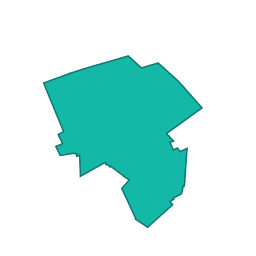 Villa Unión, Coahuila, Mexico, rotated 140°
{"feature_id": "50627088B60312682386501", "entity_name": "Villa Unión", "entity_type": "district", "adm_level": 2, "iso_a3": "MEX", "parent_name": "Mexico", "parent_adm1": "Coahuila", "projection": "albers", "projection_center": [-100.748, 28.099], "detail": "fine", "context": "isolated", "style": "filled", "palette": "teal", "viewbox_px": 256, "rotation_deg": 140, "n_neighbors": 0, "source": "geoboundaries", "source_scale": "gbopen_adm2", "svg_char_len": 2829}
<svg xmlns="http://www.w3.org/2000/svg" viewBox="0 0 256 256"><g transform="rotate(140 128 128)"><path d="M163.7,216.7L167.5,205.0L169.4,198.9L171.7,191.6L174.0,184.5L174.6,182.5L177.1,174.5L179.6,166.7L185.7,167.9L186.6,164.1L187.7,159.7L188.1,158.1L193.2,159.6L193.5,159.7L195.2,160.2L195.3,159.7L197.6,150.5L186.9,144.2L185.7,143.3L184.7,141.9L184.2,141.9L183.9,141.8L183.7,141.6L184.0,141.4L185.7,139.0L185.8,139.0L182.4,138.4L187.2,132.2L191.1,127.2L195.5,121.6L195.4,121.6L194.8,121.4L193.7,121.3L193.5,121.2L193.2,121.2L192.8,121.1L192.5,121.1L192.3,121.0L190.9,120.7L190.5,120.7L190.1,120.6L189.7,120.5L188.9,120.4L188.4,120.3L187.9,120.1L186.6,119.9L185.9,119.8L178.4,118.4L176.8,118.0L173.3,117.3L172.8,117.2L170.5,117.0L170.0,116.7L168.3,116.8L167.4,115.6L167.5,115.5L167.6,115.4L167.8,115.3L167.9,115.2L168.0,115.1L168.3,114.9L168.5,114.7L167.9,113.5L166.8,111.8L166.9,109.8L165.9,109.8L163.3,98.8L162.1,93.7L162.3,93.7L161.4,90.5L160.5,87.3L161.2,87.2L162.2,87.1L162.9,87.0L163.6,86.9L171.7,85.7L173.1,80.4L174.9,73.4L178.4,60.8L180.2,53.9L180.9,53.5L176.7,39.3L170.7,39.6L164.6,39.8L164.4,39.8L163.7,39.8L163.4,39.8L162.7,39.8L162.0,39.9L161.4,39.9L161.0,39.9L160.8,39.9L160.6,39.9L160.1,39.9L159.8,39.9L159.3,39.9L158.8,40.0L158.7,40.0L158.4,40.0L158.1,40.0L157.8,40.0L157.3,40.0L157.2,40.0L156.8,40.0L156.5,40.0L155.3,40.1L153.6,40.1L153.2,40.1L152.8,40.2L152.6,40.2L152.3,40.2L151.9,40.2L151.7,40.2L151.4,40.2L151.1,40.2L150.8,40.2L150.1,40.3L145.9,40.4L143.1,40.5L143.1,44.6L138.8,44.0L138.9,45.2L134.1,44.2L131.6,43.6L130.2,43.3L130.0,43.2L129.5,43.4L129.4,43.5L127.3,44.3L126.7,44.9L126.5,45.1L126.1,45.5L125.5,46.1L124.7,46.7L124.5,46.9L124.5,47.0L124.4,47.0L124.0,47.5L123.7,47.8L123.3,48.1L122.6,47.2L122.3,47.4L122.0,47.7L121.5,48.1L121.2,48.2L121.0,48.5L120.8,48.7L119.9,49.6L119.3,50.2L118.7,50.4L117.8,51.8L116.4,53.2L116.5,53.2L115.9,53.8L115.0,54.7L114.9,54.9L114.1,55.5L112.7,57.0L112.1,57.7L111.9,57.9L111.6,58.2L111.0,58.8L110.6,59.2L110.1,59.8L109.9,59.9L106.0,64.0L101.2,68.9L101.0,69.3L96.5,73.7L95.8,74.3L96.1,74.4L97.2,74.7L97.5,74.8L97.8,74.9L98.0,75.0L98.5,75.1L99.0,75.2L99.8,75.5L103.2,76.5L103.0,79.7L102.9,80.8L105.7,81.6L107.4,82.1L105.4,88.9L105.0,90.0L101.5,88.6L101.7,91.7L101.9,93.6L101.8,94.3L102.0,99.0L101.8,99.0L98.7,98.7L96.3,98.6L95.3,98.5L95.0,98.5L94.9,98.5L92.5,98.3L91.6,98.2L87.9,98.0L85.9,97.8L83.5,97.6L81.1,97.5L77.9,97.2L72.0,96.8L70.3,96.7L67.6,96.5L58.4,95.8L58.5,100.7L58.6,104.1L58.9,115.8L59.0,118.6L59.0,121.6L59.2,127.3L59.3,130.5L59.5,132.5L60.3,138.2L61.1,144.0L61.8,149.4L63.1,158.4L65.9,159.6L71.7,162.2L79.1,165.4L80.4,175.1L81.5,183.1L93.5,188.3L94.2,188.6L106.2,193.9L113.0,197.0L115.3,198.0L123.2,201.4L128.0,203.4L137.5,207.3L143.6,209.4L144.4,209.6L151.3,212.2L161.3,215.8L163.7,216.7Z" fill="#14b8a6" stroke="#0f766e" stroke-width="1.5"/></g></svg>